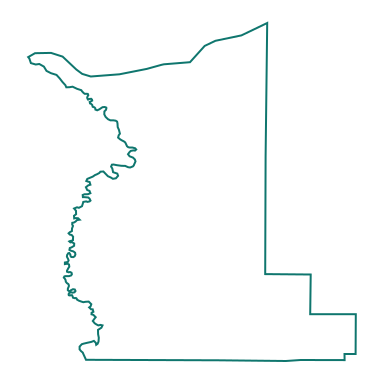 Gilliam, Oregon, United States of America (Robinson projection)
{"feature_id": "52423323B16142622218163", "entity_name": "Gilliam", "entity_type": "district", "adm_level": 2, "iso_a3": "USA", "parent_name": "United States of America", "parent_adm1": "Oregon", "projection": "robinson", "projection_center": [-120.461, 45.439], "detail": "fine", "context": "isolated", "style": "outline", "palette": "teal", "viewbox_px": 384, "rotation_deg": 0, "n_neighbors": 0, "source": "geoboundaries", "source_scale": "gbopen_adm2", "svg_char_len": 3511}
<svg xmlns="http://www.w3.org/2000/svg" viewBox="0 0 384 384"><path d="M86.0,359.8L219.4,360.3L285.9,361.0L300.6,360.0L344.6,360.1L344.5,354.0L355.6,354.0L355.8,314.2L310.2,314.2L310.7,274.5L265.2,274.1L265.6,156.5L267.2,23.0L266.6,23.3L241.4,35.4L215.4,40.8L204.7,45.9L190.0,62.2L163.9,64.3L161.6,64.8L146.8,68.9L119.4,74.3L90.8,76.5L82.2,73.9L76.3,69.5L62.6,56.6L51.0,52.9L35.0,53.2L28.2,57.1L29.4,58.6L29.8,59.9L30.9,63.1L35.7,64.5L39.3,64.0L43.9,66.6L46.5,70.9L51.0,73.2L56.5,74.9L59.7,78.4L62.4,81.9L65.4,85.2L66.3,87.3L69.5,87.2L72.6,86.7L77.0,88.8L81.3,90.2L82.0,91.3L82.5,91.8L83.6,93.0L84.7,93.8L86.6,93.8L87.8,93.9L88.3,95.2L87.7,96.1L87.2,97.4L87.4,98.6L88.1,99.6L89.0,99.0L91.2,98.8L92.0,99.6L92.2,100.6L90.8,101.4L89.7,101.9L90.0,103.4L90.9,103.7L92.2,104.9L92.7,106.8L94.4,107.3L95.3,108.3L95.4,109.6L97.2,110.3L99.2,109.4L102.5,107.2L104.7,107.0L106.3,107.6L106.4,108.2L106.0,109.8L104.4,111.4L104.3,114.4L105.6,116.9L108.0,119.2L110.3,120.3L113.2,120.3L115.7,120.7L117.1,121.6L117.5,123.5L117.7,127.1L118.9,129.7L119.9,133.7L118.7,135.3L118.1,137.6L120.1,139.3L122.1,140.5L123.9,141.4L125.2,142.4L126.1,144.2L127.0,146.2L128.2,147.2L129.5,147.5L132.3,147.5L135.2,148.3L136.2,149.5L135.0,150.6L133.4,150.4L130.8,150.9L129.6,152.0L128.0,154.2L129.6,156.3L130.7,156.7L133.0,157.6L134.9,159.5L135.5,161.4L134.8,163.0L134.1,164.5L133.8,165.4L132.9,166.4L130.9,167.2L130.1,167.5L128.1,167.2L125.2,165.9L121.5,165.8L117.0,165.2L113.4,164.5L111.9,164.7L111.1,166.6L112.3,168.5L113.1,172.2L117.3,173.6L118.1,175.8L115.9,178.3L112.9,178.8L111.0,177.6L107.9,176.2L104.9,173.1L103.4,171.5L100.4,171.7L99.3,173.0L96.7,174.4L95.1,175.0L92.8,176.6L87.3,178.9L86.3,181.0L87.6,181.5L89.6,182.0L90.4,184.7L88.3,185.3L85.9,187.2L87.2,190.0L89.5,190.9L90.4,193.2L87.9,194.2L84.4,194.3L82.7,195.0L82.9,197.1L84.0,197.1L88.3,197.5L89.6,198.7L90.5,200.6L89.6,201.4L87.4,201.9L86.2,201.4L83.3,201.9L82.7,204.0L82.0,206.2L78.9,207.8L77.0,207.3L74.1,208.5L76.0,210.8L76.1,214.2L74.0,215.8L74.2,218.4L75.4,218.1L78.0,218.2L79.6,219.7L77.0,220.1L75.6,221.5L74.0,222.5L72.3,222.8L72.2,224.6L73.0,225.9L72.0,228.5L71.9,231.1L69.8,232.2L68.6,233.3L69.8,234.6L71.7,235.0L73.1,236.7L73.0,238.9L73.0,240.1L71.5,240.8L70.2,241.0L69.3,241.4L70.4,242.4L71.8,242.1L74.2,243.5L74.1,245.8L71.5,247.4L69.8,248.0L69.4,249.9L70.9,250.7L73.4,251.4L75.1,252.7L75.4,254.6L74.6,256.3L73.3,257.1L71.3,257.0L70.5,255.9L70.3,254.5L69.3,253.0L68.3,253.2L67.1,255.0L66.9,256.7L68.1,259.0L68.6,260.4L67.8,262.0L66.6,262.2L64.9,262.5L64.9,264.1L67.4,263.7L69.0,264.5L69.3,266.7L68.2,268.4L67.0,270.7L67.0,271.7L68.6,272.3L70.0,272.0L71.5,272.7L71.9,274.2L71.2,275.4L69.1,276.1L65.6,276.1L64.4,276.4L63.8,277.6L64.7,278.5L65.6,280.1L65.8,281.7L67.0,283.2L68.3,284.0L68.9,285.3L68.8,286.5L67.9,288.4L67.8,290.1L68.6,290.9L70.1,291.1L70.8,290.3L73.0,289.2L74.8,289.5L75.5,291.0L74.5,292.3L72.5,292.7L71.2,292.3L69.3,292.9L68.6,294.1L68.8,295.2L70.0,295.5L70.7,295.2L72.0,295.2L72.5,296.1L73.0,297.7L74.8,298.2L75.9,298.0L76.7,298.6L76.9,299.5L78.7,300.6L81.4,301.6L83.3,302.2L85.4,301.8L88.7,301.6L91.3,304.2L90.5,306.5L89.2,307.4L91.1,309.3L92.7,309.3L93.4,311.8L91.6,312.7L91.5,314.3L93.4,314.9L95.7,317.2L94.4,318.8L92.8,321.0L94.7,323.3L96.4,324.4L98.3,325.4L100.5,324.9L102.5,325.4L101.4,327.7L98.0,329.9L98.1,334.2L98.8,337.8L98.5,341.6L97.6,343.8L96.2,344.8L95.8,342.8L93.9,340.9L91.3,341.9L87.2,342.8L83.8,343.6L81.8,344.2L79.6,346.6L79.6,349.4L81.1,351.2L82.8,352.6L82.9,353.0L86.0,359.8Z" fill="none" stroke="#0f766e" stroke-width="2"/></svg>